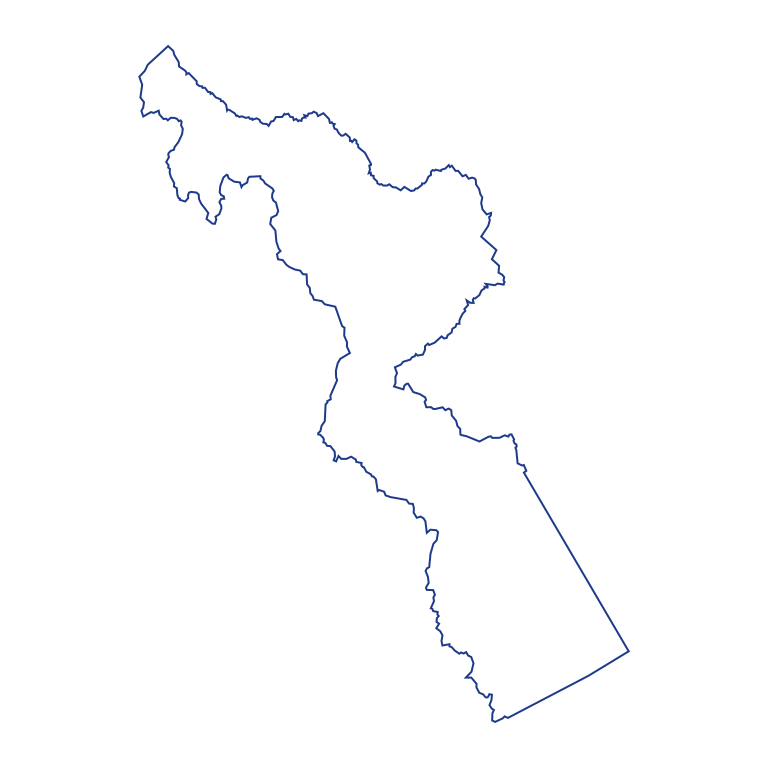 outline of Chitipa, Chitipa, Malawi
{"feature_id": "42251766B85605316960959", "entity_name": "Chitipa", "entity_type": "district", "adm_level": 2, "iso_a3": "MWI", "parent_name": "Malawi", "parent_adm1": "Chitipa", "projection": "natural_earth1", "projection_center": [33.265, -9.968], "detail": "fine", "context": "isolated", "style": "outline", "palette": "blue", "viewbox_px": 768, "rotation_deg": 0, "n_neighbors": 0, "source": "geoboundaries", "source_scale": "gbopen_adm2", "svg_char_len": 6101}
<svg xmlns="http://www.w3.org/2000/svg" viewBox="0 0 768 768"><path d="M474.7,178.5L472.1,177.6L468.6,178.7L465.8,174.9L462.6,176.3L458.2,170.9L455.6,170.9L451.8,165.7L449.9,167.1L448.8,165.1L445.4,168.5L441.3,169.8L440.8,171.0L435.7,169.7L434.5,170.6L432.5,170.1L430.9,171.9L431.0,174.9L428.4,176.7L426.3,181.5L424.3,183.5L422.1,183.4L421.9,184.9L417.4,188.5L415.6,188.5L414.2,190.4L411.0,191.0L404.4,186.9L400.7,190.3L395.9,187.4L392.7,187.2L389.3,184.3L386.8,185.6L383.2,185.5L381.4,184.1L379.7,184.6L377.4,183.3L377.1,181.4L373.6,178.1L373.6,175.8L371.0,175.3L370.8,172.8L368.7,173.3L370.0,169.6L369.3,165.5L371.0,164.9L371.0,163.9L364.9,152.7L358.3,147.3L358.1,144.8L356.5,143.2L356.3,140.5L354.4,139.3L352.2,142.0L351.3,140.8L350.1,141.0L349.7,137.4L345.6,133.8L343.4,135.5L341.4,135.7L338.7,133.1L336.8,129.5L334.5,128.6L333.5,125.8L334.7,124.1L332.4,123.5L331.8,122.3L329.9,122.9L329.0,119.0L323.4,113.2L318.0,116.1L316.5,112.9L313.6,111.7L311.9,113.2L308.5,113.6L307.4,116.1L304.4,115.2L305.4,117.6L303.5,117.5L302.0,118.6L301.4,120.9L299.1,120.3L298.2,121.2L296.2,118.9L293.8,120.1L292.9,117.2L290.3,116.9L288.3,113.7L285.3,114.5L284.4,113.8L282.1,117.0L276.0,117.0L273.5,121.0L271.1,121.5L268.6,125.9L266.8,124.0L262.8,123.7L260.1,121.7L259.6,119.9L256.6,118.3L252.5,119.8L252.3,118.7L249.8,118.8L248.8,117.2L245.8,117.9L241.8,116.3L239.4,117.0L237.1,115.5L236.3,115.9L234.8,113.4L229.5,110.0L227.7,109.6L227.1,110.5L226.1,104.7L222.9,101.1L220.9,101.1L220.7,99.4L215.6,97.3L212.4,93.2L210.6,93.9L210.4,92.1L208.1,92.0L205.0,87.8L202.5,87.8L202.2,86.4L199.5,86.1L196.8,84.1L196.7,81.3L188.7,73.1L186.4,74.3L186.6,72.8L185.2,70.7L179.1,66.5L178.7,62.1L174.4,55.0L173.2,50.8L168.1,46.1L147.8,64.7L144.8,70.9L139.3,76.7L142.2,84.7L140.4,97.6L144.0,102.2L143.2,107.6L141.4,110.9L143.3,116.5L150.9,112.1L153.7,112.9L158.7,110.7L159.4,114.4L163.5,119.0L166.2,118.7L167.8,120.3L170.8,117.8L174.4,117.9L177.1,118.9L178.7,121.2L180.6,120.4L181.6,121.7L181.1,125.3L182.8,128.8L182.1,134.1L178.4,142.1L174.5,147.2L174.0,149.7L170.7,150.9L168.7,153.0L168.2,154.8L169.0,157.1L166.2,162.0L168.6,165.3L168.2,167.6L169.9,168.8L169.7,172.9L170.8,176.8L174.2,183.1L173.9,186.4L176.8,188.2L177.4,195.2L178.6,198.1L180.0,198.6L179.8,199.8L185.2,201.5L188.2,198.1L188.0,195.2L189.0,192.6L191.1,191.9L196.6,192.6L198.7,194.5L199.0,199.1L201.2,203.7L208.3,213.0L206.5,218.9L212.4,223.6L214.9,223.8L216.3,219.4L215.5,216.7L219.3,214.2L221.4,208.4L221.2,205.7L219.4,202.1L221.2,198.9L224.2,198.7L223.8,196.4L221.1,195.0L219.7,192.4L220.3,186.0L223.5,177.4L226.6,174.8L227.7,175.3L228.6,178.3L234.3,181.7L239.9,182.4L241.5,187.1L242.6,185.2L247.2,182.5L248.0,178.5L249.3,176.8L260.4,176.2L260.5,178.6L263.3,180.5L265.2,183.5L272.3,188.4L273.8,190.9L272.4,193.5L272.0,197.1L273.3,200.5L275.9,202.5L278.2,211.1L276.5,215.1L271.3,217.7L270.2,224.0L275.4,230.6L276.4,241.8L278.7,248.7L280.5,251.0L277.0,254.2L278.0,259.3L282.8,260.1L286.4,264.8L289.4,267.0L294.8,269.5L300.2,270.6L302.9,274.2L306.6,274.4L307.1,284.4L309.8,288.0L310.3,293.1L312.7,296.2L313.9,299.7L321.9,301.1L324.8,304.3L335.3,306.7L342.1,326.1L344.5,327.7L344.2,335.7L347.1,342.5L346.9,346.6L349.9,353.0L340.2,358.9L337.7,363.3L335.9,370.7L336.1,377.1L337.1,380.2L330.4,395.7L330.7,399.3L327.3,401.1L327.4,402.6L325.6,404.3L324.8,421.1L321.6,425.8L320.4,431.1L318.3,433.0L318.2,434.4L320.3,434.9L323.1,437.7L323.9,439.6L323.4,442.4L325.2,442.8L327.2,445.9L330.4,446.1L334.6,451.5L335.0,456.3L333.7,460.3L336.1,461.4L338.5,456.0L341.3,458.9L346.4,458.9L351.1,456.7L355.8,459.5L356.3,461.9L361.6,463.0L361.2,465.0L362.7,467.0L363.9,467.2L366.2,471.7L371.1,474.5L371.8,476.3L373.5,476.6L375.9,479.3L377.7,491.0L379.1,490.0L384.1,491.7L385.6,495.4L390.6,497.1L406.4,499.9L409.1,503.6L412.8,503.9L413.9,507.9L413.7,512.7L416.8,517.8L420.6,516.6L423.5,518.3L425.4,521.3L426.8,532.8L430.4,529.7L436.3,530.2L438.1,532.1L436.7,540.2L433.4,543.8L430.5,553.8L429.2,567.2L426.9,568.4L425.6,571.1L427.9,576.7L428.7,582.9L426.2,587.1L426.1,588.6L426.8,589.9L433.2,590.1L434.9,594.8L433.4,597.5L434.0,601.1L430.8,608.3L432.4,608.9L433.2,611.1L437.7,612.0L437.4,614.5L438.7,616.0L436.9,618.2L436.5,621.9L439.1,623.7L436.3,628.2L440.2,631.2L442.5,635.3L441.5,640.9L442.4,645.5L449.5,644.2L449.5,646.4L451.7,647.1L454.7,650.5L459.3,653.7L461.1,652.5L463.6,653.5L466.1,652.1L468.2,655.6L471.2,657.0L473.5,663.3L471.5,671.7L465.9,677.6L471.3,677.6L476.5,683.8L476.5,687.5L479.3,692.8L483.1,694.3L485.3,697.0L486.6,697.6L488.1,696.9L489.3,694.2L491.9,694.7L491.5,699.9L489.5,705.1L491.6,708.4L493.9,710.0L492.4,713.4L492.2,720.5L495.2,721.9L502.8,718.3L504.6,716.4L507.9,717.9L588.4,675.8L628.7,651.3L523.9,472.6L526.3,470.8L523.8,465.0L522.0,465.5L517.6,463.3L516.3,450.0L515.4,447.8L516.6,446.6L516.4,444.5L514.5,443.3L513.5,440.6L514.1,439.4L511.5,434.4L509.5,434.6L508.3,436.6L504.7,435.3L499.5,437.8L492.3,437.9L490.7,436.3L488.4,436.8L479.5,441.5L466.5,436.2L461.0,435.0L460.4,434.4L460.2,428.9L457.5,426.1L456.1,420.8L451.8,415.5L451.2,410.1L448.7,408.6L445.3,410.2L442.6,407.3L435.2,409.0L433.4,409.0L431.1,407.2L426.3,407.2L424.6,401.8L426.1,399.9L425.2,397.4L419.8,394.1L413.3,392.1L408.1,383.7L406.6,383.8L404.4,385.6L403.4,389.4L394.0,386.5L395.5,383.3L395.4,377.0L397.0,373.1L394.9,367.3L400.9,364.6L403.1,361.8L410.3,359.6L412.1,357.2L414.7,356.3L415.9,354.0L417.6,355.6L422.9,354.6L425.0,349.9L425.0,346.2L427.9,343.6L429.2,345.0L434.6,342.7L441.6,336.4L444.1,338.5L446.7,337.9L447.6,335.3L451.6,332.4L452.4,328.7L455.5,326.9L456.6,323.9L459.5,323.8L459.4,320.7L460.5,317.8L462.8,313.5L465.3,311.0L464.4,309.1L468.1,305.0L466.7,300.4L470.2,302.8L473.6,302.9L472.8,299.9L473.8,298.2L475.1,298.5L479.3,295.2L481.5,290.5L484.6,288.3L484.5,286.8L487.5,287.6L487.7,286.6L485.7,283.9L494.9,285.2L497.6,283.6L504.5,284.8L503.3,284.1L504.6,282.1L503.5,280.4L504.2,277.2L502.2,274.7L498.5,272.6L499.1,265.8L491.9,259.2L496.4,250.1L481.2,236.6L488.2,225.9L489.8,220.3L489.1,217.0L490.8,215.6L491.1,212.9L486.7,214.4L482.5,209.4L481.2,203.1L482.3,197.4L480.4,194.3L479.1,189.1L476.0,184.3L475.8,180.0L474.7,178.5Z" fill="none" stroke="#1e3a8a" stroke-width="2"/></svg>